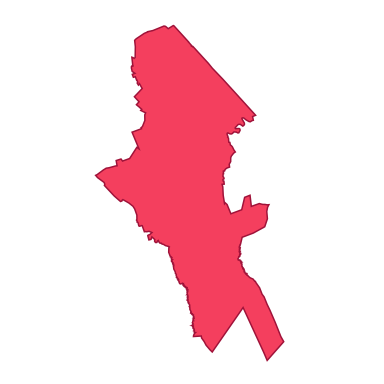 Roerdalen, Limburg, Netherlands (orthographic projection), rotated 92°
{"feature_id": "6326949B39652859333828", "entity_name": "Roerdalen", "entity_type": "district", "adm_level": 2, "iso_a3": "NLD", "parent_name": "Netherlands", "parent_adm1": "Limburg", "projection": "orthographic", "projection_center": [6.075, 51.145], "detail": "fine", "context": "isolated", "style": "filled", "palette": "rose", "viewbox_px": 384, "rotation_deg": 92, "n_neighbors": 0, "source": "geoboundaries", "source_scale": "gbopen_adm2", "svg_char_len": 6097}
<svg xmlns="http://www.w3.org/2000/svg" viewBox="0 0 384 384"><g transform="rotate(92 192 192)"><path d="M78.2,165.1L67.6,176.0L63.0,180.0L46.8,195.9L47.0,196.1L46.4,196.7L46.5,197.0L46.3,197.3L46.2,197.0L42.3,200.7L42.2,200.6L26.6,215.8L26.3,216.5L29.6,221.5L27.4,224.2L27.1,225.8L32.0,236.7L33.3,241.8L33.5,241.7L35.1,245.2L40.8,253.1L42.4,254.6L48.8,253.7L59.5,253.5L60.5,254.5L59.7,255.7L59.4,256.8L67.0,255.7L68.1,255.3L68.6,256.2L68.2,256.5L68.7,256.9L70.2,256.9L73.6,256.0L75.4,253.2L76.5,255.8L79.4,254.6L78.8,252.6L82.1,251.3L82.0,251.0L84.3,250.0L85.0,250.6L87.0,249.3L85.6,248.3L90.3,245.4L98.8,252.9L103.7,248.1L106.7,250.6L111.1,245.1L112.3,246.1L114.5,241.1L116.6,241.9L122.1,241.6L128.3,243.8L129.6,245.2L130.5,244.7L134.3,254.0L150.7,246.5L149.3,248.7L160.7,255.5L163.5,262.5L161.5,264.1L163.2,268.9L168.4,267.8L168.7,269.5L170.7,275.9L171.2,278.6L173.1,281.4L178.0,287.5L178.7,288.9L180.9,286.9L185.5,280.2L187.3,279.4L188.5,279.8L198.7,269.6L204.0,263.1L203.4,261.7L202.5,261.4L202.0,260.8L205.2,254.7L208.3,250.5L210.9,248.7L217.0,246.3L221.2,246.1L222.0,246.5L222.6,246.0L224.0,245.8L224.0,245.3L224.7,244.8L227.6,244.0L228.0,243.6L228.0,243.0L227.3,241.1L227.4,240.6L233.4,238.2L233.2,237.6L233.3,235.8L232.8,233.6L233.9,230.6L235.9,232.6L236.7,234.4L237.1,234.7L241.4,233.4L240.8,231.3L238.3,230.5L240.9,227.5L242.4,227.7L243.7,226.8L243.8,226.1L243.6,225.3L242.1,224.8L241.6,224.0L243.4,223.1L244.2,222.3L244.3,220.8L244.6,220.8L245.0,220.2L245.4,218.5L246.5,216.7L247.3,213.2L247.7,212.7L248.5,213.2L253.0,213.2L256.6,211.7L257.0,211.2L257.4,211.3L257.4,210.7L257.7,210.4L258.1,210.5L258.0,210.1L258.1,209.9L258.6,210.3L259.9,209.8L260.2,209.3L260.5,210.0L261.6,209.6L261.9,209.9L261.6,210.1L262.0,210.1L262.3,209.9L262.5,209.3L263.5,208.9L263.5,208.6L264.3,208.8L264.7,208.0L265.1,208.2L265.1,207.9L265.9,207.7L266.5,208.0L266.7,207.7L267.1,207.9L269.6,207.5L272.5,205.9L274.1,205.7L274.8,204.8L276.2,204.9L277.4,204.2L277.9,204.5L278.3,203.6L278.8,203.4L279.2,203.6L279.4,203.1L279.2,202.9L279.8,202.4L280.4,203.0L282.1,201.7L282.9,201.7L284.0,201.0L284.3,200.4L284.0,199.5L283.8,199.5L284.0,199.4L283.6,198.4L284.1,198.3L284.2,198.0L284.0,197.5L285.0,197.7L284.9,197.3L285.4,197.2L285.1,197.0L285.2,196.7L286.6,196.3L286.5,195.8L286.6,195.3L287.0,195.3L286.9,195.5L287.0,195.8L287.6,195.4L287.6,194.2L288.2,194.2L287.6,193.9L287.8,193.5L288.5,193.7L288.3,194.1L288.7,194.3L289.2,194.2L289.3,193.4L290.0,193.5L289.8,193.1L289.4,193.1L289.7,192.7L290.4,192.8L290.5,193.4L291.0,193.6L291.4,193.3L291.4,192.9L291.7,192.8L292.4,193.4L292.7,193.1L293.6,193.3L294.2,193.0L294.8,193.5L294.8,192.9L295.6,192.5L296.5,192.9L296.8,192.4L297.4,192.8L297.6,192.6L297.7,192.9L297.9,193.0L298.3,192.4L299.4,192.8L299.6,192.2L300.4,192.3L300.5,192.8L301.1,192.1L302.2,191.9L302.4,191.5L302.7,191.5L302.6,192.0L302.9,191.9L302.9,191.5L303.3,191.6L304.9,190.4L306.7,190.3L306.7,190.6L307.8,190.1L309.5,190.0L311.4,188.9L312.1,189.0L312.2,188.7L312.7,188.9L313.0,188.6L313.2,188.9L314.0,187.8L313.5,187.1L314.5,187.6L314.8,187.1L314.5,187.0L315.1,186.7L315.0,186.3L316.5,186.2L316.8,185.8L317.0,186.1L317.7,185.8L318.0,186.3L318.3,185.6L319.6,186.5L320.4,186.0L320.4,186.4L320.9,186.7L321.8,186.7L322.5,187.1L323.7,186.3L323.8,186.7L324.7,186.5L325.0,187.0L325.4,186.5L325.6,187.2L325.7,186.8L326.5,186.6L326.1,186.5L326.3,186.1L326.7,186.4L327.2,185.9L327.4,186.0L327.3,186.3L327.5,186.3L327.9,185.8L328.4,185.5L328.5,185.9L328.9,185.6L329.0,185.4L328.8,185.2L329.0,185.0L329.7,184.9L330.3,185.0L330.6,185.3L330.7,184.8L331.7,184.9L332.1,184.8L332.1,184.4L332.9,184.5L332.8,184.1L333.3,184.6L335.2,185.4L336.4,185.5L335.6,177.7L337.6,177.3L341.1,174.6L344.6,172.6L349.0,168.6L351.2,166.2L305.7,136.9L349.6,114.8L357.7,111.0L338.4,95.1L333.3,98.2L319.4,104.3L307.6,109.9L301.7,113.0L294.3,116.3L291.7,118.4L285.4,121.1L280.1,125.1L279.1,125.5L279.1,126.1L276.9,127.9L275.7,130.9L274.1,132.9L273.5,133.3L273.3,134.1L271.8,134.2L272.0,134.8L271.4,135.1L271.5,135.3L271.3,135.6L271.7,135.7L271.5,135.9L270.4,136.3L270.0,137.0L269.7,136.6L269.2,136.6L268.5,137.3L267.4,137.2L267.4,137.8L266.8,138.0L267.0,138.1L266.9,138.6L266.0,138.5L264.9,139.4L264.7,139.2L263.5,139.7L262.8,139.5L262.0,140.0L261.6,139.9L261.6,140.1L261.3,139.9L261.0,140.2L260.9,139.9L260.6,140.4L260.1,140.2L260.1,140.6L259.3,140.8L259.5,141.1L259.1,141.3L258.9,141.7L258.3,141.7L258.2,142.1L258.4,143.3L257.2,143.8L255.5,142.9L255.1,143.0L254.9,142.4L254.0,142.3L254.0,141.9L253.3,142.2L252.8,142.1L253.3,141.9L252.5,141.2L252.0,141.2L252.1,141.6L251.6,141.3L251.4,141.9L251.2,141.9L250.9,142.3L250.3,142.0L250.4,142.3L249.9,142.7L249.3,142.6L248.8,142.1L248.4,142.3L248.7,142.5L248.0,142.7L247.7,142.6L247.7,142.2L248.1,142.3L247.8,142.1L247.1,142.5L246.9,142.0L246.2,141.9L246.3,142.5L245.9,142.6L245.8,142.4L245.6,142.7L245.2,142.6L245.2,142.8L244.7,142.7L244.7,142.4L244.0,142.3L244.2,141.6L243.8,142.1L242.8,142.1L242.5,141.7L235.5,140.3L230.9,129.3L224.2,118.1L216.1,115.7L208.8,116.6L204.5,115.9L202.0,114.7L202.2,116.4L201.9,118.3L201.9,121.2L201.2,124.3L204.3,132.2L193.2,133.9L195.5,139.2L208.0,141.7L212.4,152.4L203.3,156.5L201.6,158.5L202.5,159.1L194.2,160.7L185.8,161.4L183.3,162.2L183.0,160.1L180.1,160.5L180.1,160.9L179.9,161.3L178.3,161.5L177.7,160.5L177.0,160.5L175.9,161.1L175.6,161.6L172.5,161.5L172.5,161.1L170.1,161.4L169.9,160.4L169.6,160.4L169.5,160.0L168.9,160.0L167.8,159.2L166.7,157.6L165.8,155.3L163.0,155.8L160.3,154.4L156.4,154.5L154.7,153.9L152.5,152.3L151.6,151.6L150.5,150.1L148.5,151.6L145.5,153.2L144.2,154.4L143.7,155.3L141.1,155.9L140.9,157.0L136.9,157.4L135.9,158.3L135.3,158.0L133.4,158.9L132.1,158.9L131.7,158.2L132.6,156.0L132.6,154.5L132.0,153.5L130.7,152.5L130.5,151.7L130.6,149.8L131.4,148.2L131.2,147.3L128.8,146.1L127.5,146.3L127.0,146.8L126.9,147.6L127.2,150.7L126.9,151.0L126.1,151.0L123.1,148.4L122.7,147.5L122.7,146.1L124.4,143.5L123.5,142.4L122.4,141.9L121.2,142.1L117.0,144.7L116.5,144.7L116.2,144.1L116.2,142.9L118.0,140.6L119.6,137.5L119.8,136.2L118.6,134.5L118.2,133.2L114.5,134.1L113.1,131.1L78.2,165.1Z" fill="#f43f5e" stroke="#9f1239" stroke-width="1.5"/></g></svg>